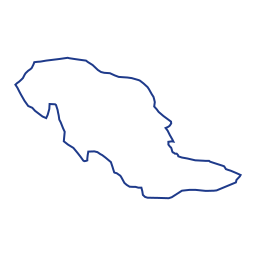 Sumail, Dihok, Iraq (Robinson projection)
{"feature_id": "34846034B96469488868689", "entity_name": "Sumail", "entity_type": "district", "adm_level": 2, "iso_a3": "IRQ", "parent_name": "Iraq", "parent_adm1": "Dihok", "projection": "robinson", "projection_center": [42.773, 36.911], "detail": "fine", "context": "isolated", "style": "outline", "palette": "blue", "viewbox_px": 256, "rotation_deg": 0, "n_neighbors": 0, "source": "geoboundaries", "source_scale": "gbopen_adm2", "svg_char_len": 2214}
<svg xmlns="http://www.w3.org/2000/svg" viewBox="0 0 256 256"><path d="M240.6,175.0L236.4,173.1L230.7,170.7L228.1,169.9L225.9,169.1L224.9,167.5L224.1,166.3L222.5,165.7L214.4,163.1L210.1,161.7L209.1,160.9L208.5,160.9L207.0,160.9L206.4,160.9L195.2,160.3L187.4,158.5L181.8,157.5L180.0,156.9L178.3,156.3L178.0,155.1L177.3,154.3L176.7,153.7L176.1,153.7L175.6,153.7L175.0,153.7L173.7,152.7L172.7,152.3L172.2,151.3L172.0,150.6L171.7,149.3L171.1,147.6L170.1,146.8L168.4,144.6L168.4,141.8L171.3,141.4L171.5,141.4L171.9,141.4L172.8,141.5L173.4,141.6L172.2,139.2L169.9,135.2L167.6,130.6L165.6,128.0L167.9,127.0L169.4,126.0L170.2,125.0L171.2,123.4L171.0,121.6L163.4,116.0L161.3,114.2L158.6,111.9L156.7,109.3L154.2,106.5L154.8,102.1L154.2,99.5L153.5,96.9L151.7,94.1L148.9,89.1L147.4,86.9L147.1,86.7L143.6,83.5L140.0,80.7L138.7,80.1L131.7,78.1L127.3,77.5L121.3,77.1L118.7,76.9L114.7,75.4L109.9,73.2L104.2,72.8L101.0,72.0L97.9,70.0L92.6,65.0L87.8,62.0L86.0,60.6L81.5,60.0L75.8,59.2L69.2,58.2L67.7,57.8L59.3,59.0L46.2,60.6L40.4,61.6L37.5,61.8L34.3,62.2L33.5,64.4L31.7,68.0L30.4,69.2L28.1,70.8L25.6,73.2L24.7,74.6L22.9,78.1L21.3,79.7L19.1,81.7L17.1,83.1L15.4,84.7L17.4,87.7L19.3,91.5L20.9,94.5L24.5,100.8L28.2,106.0L32.3,107.8L35.0,110.8L42.5,116.5L46.2,118.1L47.7,114.8L49.3,109.0L49.6,104.0L55.1,104.3L56.0,105.0L57.6,110.0L58.0,112.3L58.7,115.5L59.3,119.6L60.7,122.3L63.0,128.1L64.7,131.8L63.8,141.3L68.0,144.6L73.4,147.9L77.7,153.1L79.4,155.3L79.8,155.8L80.8,157.1L83.3,160.6L84.2,161.1L84.4,161.1L84.8,161.1L86.0,160.9L87.3,160.4L87.3,158.6L87.7,155.1L88.3,151.6L94.0,151.4L94.5,151.4L96.4,151.9L97.4,152.1L100.3,154.1L102.2,155.1L105.5,157.6L110.9,162.1L112.7,167.5L112.8,167.9L114.2,172.4L114.7,172.7L116.7,173.2L118.4,174.4L120.3,175.7L121.3,177.2L124.4,182.9L126.7,184.9L129.6,186.7L133.8,186.9L134.3,186.9L135.0,186.9L135.6,186.9L138.5,187.7L139.1,187.7L140.9,187.7L141.4,187.7L142.3,191.2L142.9,194.9L145.0,196.9L147.5,197.7L157.3,197.9L157.9,197.9L168.3,198.2L168.8,198.2L171.8,197.2L181.9,190.7L189.2,189.9L189.8,189.9L195.3,189.9L195.8,189.9L205.7,190.9L205.8,190.9L206.2,190.9L213.9,190.7L216.6,190.4L233.5,183.4L235.9,182.4L236.5,179.9L239.8,176.4L240.6,175.0Z" fill="none" stroke="#1e3a8a" stroke-width="2"/></svg>